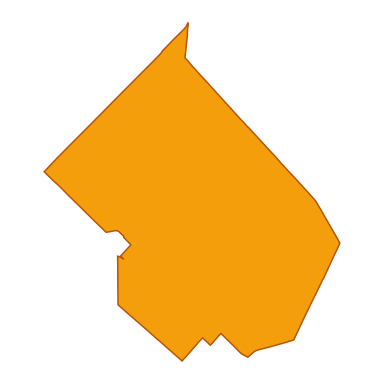 Pesac, Timis, Romania
{"feature_id": "2599482B87731626232566", "entity_name": "Pesac", "entity_type": "district", "adm_level": 2, "iso_a3": "ROU", "parent_name": "Romania", "parent_adm1": "Timis", "projection": "mercator", "projection_center": [20.847, 45.978], "detail": "fine", "context": "isolated", "style": "filled", "palette": "amber", "viewbox_px": 384, "rotation_deg": 0, "n_neighbors": 0, "source": "geoboundaries", "source_scale": "gbopen_adm2", "svg_char_len": 2755}
<svg xmlns="http://www.w3.org/2000/svg" viewBox="0 0 384 384"><path d="M182.1,361.0L183.9,358.9L190.6,351.4L199.5,341.1L200.6,340.1L202.5,337.9L206.7,341.7L210.3,345.2L211.9,343.6L214.4,340.7L216.6,338.3L219.5,335.0L221.0,333.4L222.7,335.2L228.2,340.6L232.8,345.1L237.8,350.2L240.6,353.0L241.3,353.7L245.4,355.9L247.8,357.2L248.7,356.5L250.1,355.3L253.8,352.0L254.3,351.6L255.2,351.1L256.9,350.3L257.6,350.1L258.9,349.7L260.3,349.3L263.6,348.5L269.3,347.0L275.2,345.4L278.3,344.5L283.8,343.0L288.3,341.6L293.1,340.1L293.6,340.0L293.8,339.8L294.0,339.5L296.3,334.5L298.4,330.1L299.9,326.8L304.1,317.9L305.8,314.4L308.5,308.8L311.3,303.0L315.9,293.7L317.1,291.3L320.2,284.9L322.6,279.8L323.7,278.1L324.1,277.3L325.1,275.0L329.5,265.4L333.1,257.6L335.3,253.0L338.9,245.4L339.8,243.0L337.4,238.6L333.9,232.5L329.0,224.0L324.1,215.5L322.0,211.8L320.2,208.7L316.3,202.0L315.0,200.2L311.7,196.5L310.7,195.4L305.4,189.5L299.4,182.9L291.8,174.7L287.2,169.8L281.0,163.1L276.0,157.3L271.4,152.4L265.0,145.5L248.5,127.5L248.3,127.3L248.1,127.2L247.9,127.2L246.8,125.9L245.3,124.2L243.5,122.3L242.6,121.3L240.8,119.5L239.1,117.6L237.7,116.1L237.4,115.8L236.1,114.3L233.0,110.9L231.5,109.2L229.9,107.4L228.3,105.7L226.6,103.8L225.1,102.2L219.4,95.9L219.0,95.5L217.3,93.6L215.7,91.8L214.0,89.9L212.4,88.2L210.9,86.5L209.2,84.7L209.0,84.4L208.8,84.2L207.8,83.1L200.5,75.2L197.6,72.0L196.7,71.0L196.3,70.5L194.6,68.7L194.4,68.5L192.3,66.2L191.4,65.2L189.8,63.2L188.8,61.9L186.6,59.5L185.0,57.7L185.2,55.7L185.5,53.4L185.7,51.4L185.9,49.1L186.1,46.9L186.4,44.6L186.6,42.6L186.8,40.3L186.9,40.1L186.9,39.8L187.0,39.2L187.1,38.0L187.2,36.5L187.3,36.2L187.5,33.9L187.3,33.6L187.5,30.1L187.7,27.5L188.1,26.8L187.9,26.1L188.1,24.8L188.3,23.2L187.8,23.0L186.9,25.0L186.4,26.2L185.8,27.1L183.5,29.6L172.7,40.3L165.0,48.3L162.7,50.6L160.7,53.6L159.6,54.7L153.5,61.0L125.6,89.0L112.9,101.8L105.5,109.3L100.9,114.0L98.8,116.1L96.3,118.6L91.1,123.9L87.8,127.2L75.8,139.2L69.4,145.6L57.9,157.2L49.0,166.6L44.2,171.8L48.7,176.2L52.9,180.3L54.1,181.4L59.6,186.4L63.5,190.4L68.9,195.9L72.3,199.2L81.5,208.2L89.0,215.6L95.8,222.3L98.6,225.0L106.1,232.3L109.2,231.8L114.9,230.7L115.7,230.7L116.3,230.7L116.9,230.8L117.5,231.0L117.8,231.1L118.1,231.2L118.8,231.6L119.9,232.6L120.9,233.6L123.8,236.4L123.7,237.5L127.0,240.8L130.9,244.8L126.8,249.3L124.3,252.1L120.7,255.9L123.8,259.4L123.0,258.7L121.9,257.9L120.2,257.1L118.7,256.4L117.6,256.2L117.7,260.6L117.8,269.8L117.8,280.3L117.9,290.3L118.0,300.2L118.0,304.8L119.3,305.9L121.5,307.8L126.2,312.0L130.9,316.1L136.3,320.8L139.5,323.5L146.0,329.2L148.6,331.5L152.9,335.3L156.5,338.5L162.1,343.3L165.3,346.2L168.4,349.0L171.8,351.9L173.1,353.1L178.2,357.5L181.0,360.0L182.1,361.0Z" fill="#f59e0b" stroke="#b45309" stroke-width="1.5"/></svg>